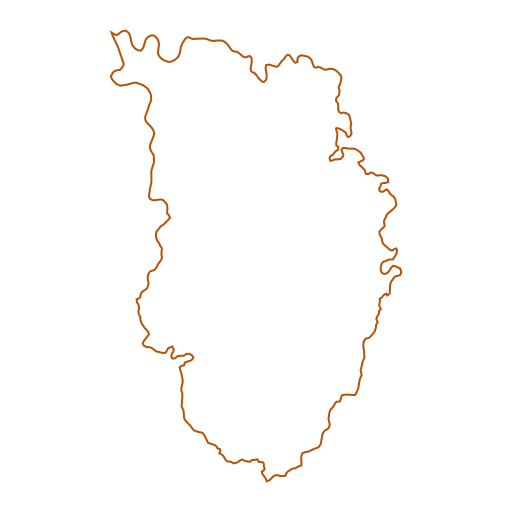 Pompéu, Minas Gerais, Brazil
{"feature_id": "56859067B66149480204600", "entity_name": "Pompéu", "entity_type": "district", "adm_level": 2, "iso_a3": "BRA", "parent_name": "Brazil", "parent_adm1": "Minas Gerais", "projection": "natural_earth1", "projection_center": [-44.93, -19.146], "detail": "fine", "context": "isolated", "style": "outline", "palette": "amber", "viewbox_px": 512, "rotation_deg": 0, "n_neighbors": 0, "source": "geoboundaries", "source_scale": "gbopen_adm2", "svg_char_len": 5989}
<svg xmlns="http://www.w3.org/2000/svg" viewBox="0 0 512 512"><path d="M136.6,299.2L137.1,302.6L138.4,304.6L139.0,306.6L139.0,308.9L138.4,311.6L138.9,314.4L140.1,316.5L140.6,320.6L141.8,323.7L144.4,327.6L147.7,331.2L149.0,334.3L144.2,340.5L142.8,342.9L143.6,345.5L146.4,347.0L149.7,347.2L151.8,348.0L156.3,351.4L163.5,353.1L165.8,352.6L168.1,348.3L172.3,346.5L173.9,349.7L173.1,352.1L171.9,353.6L171.3,356.0L172.0,358.2L174.1,358.6L175.7,357.8L177.8,356.0L183.9,355.7L186.6,353.8L189.3,353.8L191.2,354.8L192.6,356.0L193.3,357.9L191.4,360.3L184.8,362.5L184.1,365.2L180.7,366.2L179.6,367.7L181.1,372.4L182.5,378.8L182.7,382.2L181.3,388.5L181.5,391.3L182.3,393.0L182.4,395.7L181.6,406.5L183.5,410.4L184.2,418.4L185.1,420.1L186.2,421.5L190.3,425.6L193.7,430.3L197.9,431.9L200.6,432.3L202.7,433.1L204.2,434.8L208.0,442.8L215.0,445.2L216.6,446.5L217.7,448.6L219.8,449.0L220.3,451.0L219.3,453.4L221.6,454.4L223.4,456.0L225.4,459.5L227.2,461.4L231.2,461.8L233.4,463.4L236.1,462.8L238.4,461.8L240.4,460.2L242.1,459.5L244.2,460.6L247.8,461.5L250.3,461.7L251.9,459.9L253.9,460.0L257.4,459.3L258.9,462.0L260.9,462.0L263.1,462.4L263.9,464.3L263.9,466.4L264.6,468.8L263.6,470.6L261.8,471.5L262.2,473.7L265.5,478.2L266.8,481.3L269.6,480.1L273.4,476.3L275.1,475.3L277.4,475.1L280.3,476.1L285.5,475.8L286.2,473.4L287.9,471.5L289.7,470.3L292.8,468.5L295.4,468.2L299.2,466.0L301.2,465.6L301.5,463.6L301.2,458.8L301.4,456.0L302.4,453.2L304.4,452.3L308.8,451.5L313.3,449.2L318.6,447.2L320.8,443.9L322.2,435.5L322.9,433.0L324.8,430.5L326.8,429.6L328.7,427.9L329.7,425.3L329.5,423.1L328.5,419.0L329.5,412.2L330.5,409.4L332.6,407.5L333.9,405.6L334.9,403.4L336.6,401.7L338.4,401.7L340.1,401.1L341.8,395.4L344.8,394.7L347.2,394.6L354.9,395.1L356.1,393.3L358.2,388.7L359.7,379.5L361.6,375.0L360.6,370.1L361.3,367.8L362.6,361.6L364.4,357.7L363.9,349.7L363.3,347.2L363.5,342.5L364.7,339.5L366.5,338.4L368.8,338.0L371.0,336.0L374.6,331.6L375.9,327.7L376.2,324.7L377.6,322.1L376.3,318.9L377.4,316.1L378.8,314.0L379.1,311.0L380.8,309.1L379.8,306.8L379.2,304.6L379.9,301.6L379.7,298.7L381.9,297.4L383.5,295.2L386.1,293.6L387.3,295.5L389.6,293.6L389.9,290.8L390.1,285.1L390.9,282.1L394.6,276.7L400.1,275.1L401.1,273.1L400.9,270.8L400.1,268.4L395.8,266.5L393.3,265.7L391.2,267.5L389.9,269.9L388.2,272.2L386.0,273.6L384.2,274.0L382.2,273.1L380.9,270.8L380.6,268.2L381.2,265.3L382.0,263.3L383.3,261.8L386.3,260.7L388.5,259.6L392.9,259.5L395.5,255.3L396.6,252.9L397.1,250.4L396.4,248.5L393.8,249.3L392.2,250.6L390.3,250.1L384.8,245.4L382.9,243.4L382.1,240.8L381.7,238.2L379.6,234.2L379.3,231.6L381.5,229.1L383.5,227.6L384.6,225.9L383.9,221.3L384.6,219.4L387.3,213.9L393.5,208.8L395.2,206.9L396.4,204.6L395.2,199.1L393.8,196.8L390.1,193.9L388.1,190.5L386.5,189.3L383.4,191.5L381.2,191.9L379.6,190.9L379.1,188.7L380.4,186.4L381.1,183.8L383.0,183.0L385.4,183.0L388.3,181.9L387.9,178.6L386.5,176.9L384.8,176.0L381.3,175.2L376.4,175.5L372.8,172.8L370.6,172.6L368.5,174.0L365.9,173.8L364.8,170.3L363.3,168.4L359.5,165.0L358.4,162.6L360.6,161.3L362.7,160.4L363.9,159.1L363.5,157.2L360.5,152.5L357.2,150.1L355.4,149.1L353.6,148.7L348.3,148.7L345.8,147.9L343.1,148.0L341.6,149.4L342.1,152.1L343.4,154.5L342.7,156.9L340.7,158.9L338.3,159.3L334.4,159.5L332.3,160.5L330.4,160.8L329.5,158.3L330.3,156.1L332.9,154.7L335.5,151.3L338.2,149.7L338.3,146.7L336.4,145.7L336.2,143.3L337.0,138.5L337.4,133.6L336.5,131.0L336.1,128.4L337.6,128.1L341.4,129.6L343.6,131.0L346.0,133.0L346.7,135.4L347.9,137.0L349.7,136.5L351.4,134.2L351.3,131.6L350.7,129.4L350.7,125.8L351.3,123.5L349.5,116.1L348.4,114.3L346.0,113.1L343.3,112.5L341.1,113.2L339.1,111.9L338.1,109.7L338.3,106.6L337.9,103.3L336.1,101.1L336.2,98.2L338.8,95.4L339.3,92.8L339.6,90.4L338.8,88.6L338.8,86.4L340.0,84.5L341.5,78.0L340.5,75.0L336.9,71.3L335.2,70.0L333.6,69.3L330.1,68.7L325.9,69.7L323.5,69.3L320.6,67.5L318.4,66.9L315.7,67.7L313.8,66.7L311.4,59.8L309.5,57.7L308.0,56.7L301.9,55.3L299.4,56.0L297.7,57.8L297.3,62.1L295.4,62.8L293.6,61.2L289.7,55.4L287.8,54.7L285.8,56.1L284.8,57.9L283.6,59.5L281.8,60.9L278.3,65.9L276.3,66.8L269.1,64.6L266.2,65.1L265.6,67.9L266.7,75.1L266.5,78.3L265.6,80.6L263.8,82.0L262.1,81.6L259.0,78.7L255.5,74.0L254.0,72.8L252.4,72.2L251.0,71.1L250.6,68.7L251.7,62.5L251.7,59.7L251.4,57.7L250.0,56.0L247.9,56.4L246.3,57.3L244.4,57.2L242.6,56.3L239.1,53.1L237.3,52.0L233.4,51.2L231.8,50.4L227.1,43.9L223.9,41.4L221.7,40.5L216.3,40.5L213.8,41.1L209.7,40.2L206.7,39.0L204.1,38.6L199.9,38.6L192.5,39.0L188.5,37.2L187.0,37.5L185.3,38.8L182.7,42.6L180.8,47.3L180.1,52.0L179.5,54.1L178.5,56.2L177.3,57.8L174.3,60.2L170.7,61.7L168.3,61.9L164.8,60.7L162.9,59.6L160.8,58.1L159.2,56.1L158.0,53.6L158.1,50.5L158.9,45.7L158.8,42.2L157.4,38.9L155.5,36.6L153.4,35.4L151.8,35.4L150.0,35.9L147.5,37.4L145.8,39.5L143.4,47.2L142.4,49.0L140.9,50.6L138.2,50.4L135.4,48.8L133.0,46.2L131.8,43.8L130.3,36.7L129.3,33.8L127.3,31.6L125.4,30.7L122.7,31.0L120.4,32.4L117.6,34.8L115.5,34.9L111.5,32.5L112.6,35.5L118.0,47.2L123.7,63.7L123.4,65.6L121.9,67.8L120.0,69.8L116.7,70.3L114.3,71.3L112.8,72.6L110.9,76.4L111.8,78.7L113.4,81.0L116.4,83.9L120.3,85.7L126.4,84.8L133.8,82.8L136.2,82.7L140.9,84.4L143.4,85.4L146.8,87.9L148.3,89.5L150.4,93.2L151.0,95.7L151.2,100.2L148.8,106.0L148.4,108.0L147.6,110.3L145.7,115.1L145.1,117.9L145.4,120.2L146.6,122.3L151.3,127.2L152.7,129.2L153.6,130.9L154.1,133.3L153.5,136.4L150.9,142.7L150.1,145.4L149.9,148.3L151.2,151.3L153.7,155.3L154.0,162.2L151.6,169.7L151.3,171.6L151.4,182.0L149.8,189.9L149.0,196.4L149.8,198.6L151.6,199.7L153.4,200.3L160.0,199.5L161.7,199.6L163.6,200.4L166.4,203.7L167.2,205.5L167.4,208.6L167.1,213.3L169.0,215.5L170.1,217.8L164.3,223.9L160.8,226.3L156.4,231.7L155.9,234.6L156.1,237.9L157.5,241.0L158.9,242.9L160.6,246.5L161.9,248.2L161.4,254.3L162.0,257.0L161.3,259.8L157.8,264.5L156.4,267.5L154.6,269.9L150.5,271.2L149.1,272.5L148.3,274.5L147.7,277.0L147.8,280.0L148.5,282.3L148.4,284.2L147.8,286.4L146.7,288.7L142.2,291.8L140.7,293.9L140.3,296.9L139.0,298.4L136.6,299.2Z" fill="none" stroke="#b45309" stroke-width="2"/></svg>